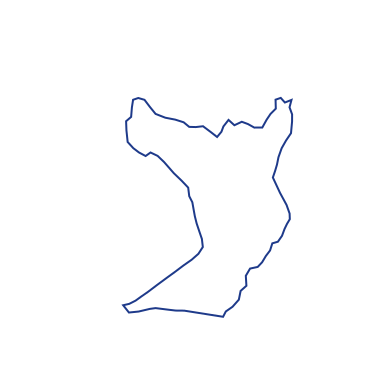 Sobrado, Paraíba, Brazil, rotated 308°
{"feature_id": "56859067B78982550953926", "entity_name": "Sobrado", "entity_type": "district", "adm_level": 2, "iso_a3": "BRA", "parent_name": "Brazil", "parent_adm1": "Paraíba", "projection": "natural_earth1", "projection_center": [-35.255, -7.167], "detail": "fine", "context": "isolated", "style": "outline", "palette": "blue", "viewbox_px": 384, "rotation_deg": 308, "n_neighbors": 0, "source": "geoboundaries", "source_scale": "gbopen_adm2", "svg_char_len": 1346}
<svg xmlns="http://www.w3.org/2000/svg" viewBox="0 0 384 384"><g transform="rotate(308 192 192)"><path d="M58.2,216.5L64.9,223.5L74.0,230.8L78.1,234.8L84.5,245.5L88.5,252.1L93.7,258.9L112.8,293.3L118.7,292.2L126.5,294.6L136.0,295.2L144.0,291.2L151.6,292.6L159.1,286.0L167.4,284.9L173.4,289.9L179.8,290.5L187.0,289.6L194.0,289.5L201.0,286.9L205.7,290.3L212.9,289.9L219.8,287.7L225.3,286.5L230.8,285.8L235.1,282.2L240.0,274.5L245.5,261.9L253.2,246.8L259.8,244.5L265.9,242.1L272.7,238.7L281.7,235.7L290.5,234.4L299.3,233.8L309.1,227.5L314.8,223.1L318.8,216.7L325.8,213.7L319.7,210.1L320.8,204.0L316.2,201.0L309.3,206.7L301.9,205.8L294.9,206.3L286.1,207.7L281.1,201.4L280.0,194.3L278.0,188.0L270.7,184.3L271.3,176.4L263.0,176.4L257.6,178.1L250.8,177.9L250.8,170.0L250.6,160.2L245.5,155.0L241.6,149.7L241.8,142.5L238.7,134.2L234.1,125.2L231.1,115.2L233.1,106.5L235.4,97.8L233.0,91.8L228.4,88.8L221.6,92.6L213.7,97.8L207.2,96.5L200.2,102.4L191.8,110.5L190.4,118.8L190.5,125.9L191.8,133.3L197.6,135.0L199.3,142.7L198.4,151.6L195.6,166.2L194.5,177.0L193.1,186.3L187.0,192.4L184.1,198.6L179.7,203.5L174.7,209.1L170.1,215.0L165.0,222.7L161.1,228.7L155.3,234.4L147.2,235.1L138.3,233.4L128.8,230.5L118.7,227.8L109.3,225.1L97.5,221.8L86.2,218.8L78.8,216.5L71.6,214.4L65.2,211.4L60.4,207.5L58.2,216.5Z" fill="none" stroke="#1e3a8a" stroke-width="2"/></g></svg>